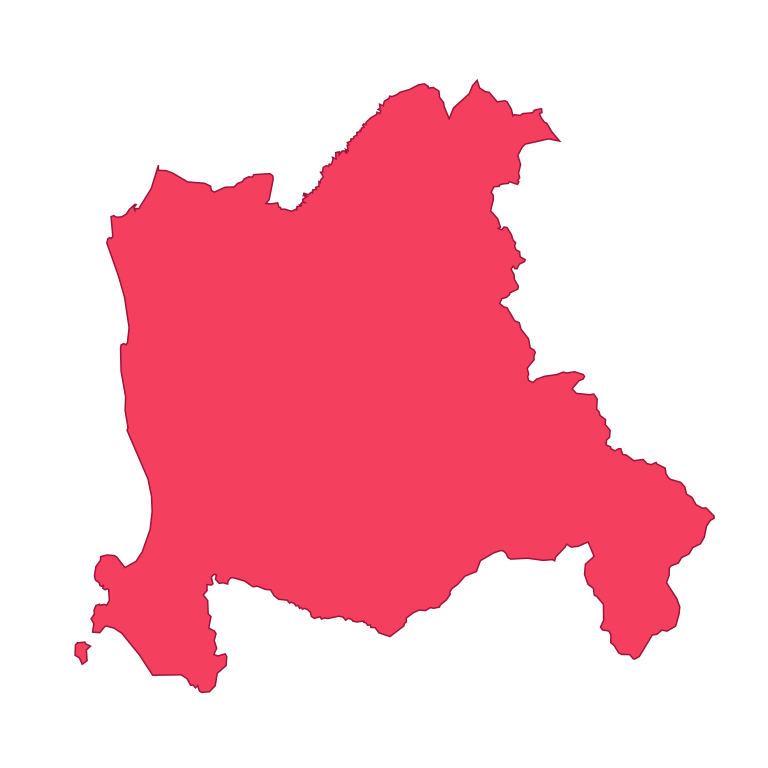 outline of Lang Suan, Chumphon, Thailand, rotated 177°
{"feature_id": "78962969B12315134210543", "entity_name": "Lang Suan", "entity_type": "district", "adm_level": 2, "iso_a3": "THA", "parent_name": "Thailand", "parent_adm1": "Chumphon", "projection": "orthographic", "projection_center": [99.044, 9.933], "detail": "fine", "context": "isolated", "style": "filled", "palette": "rose", "viewbox_px": 768, "rotation_deg": 177, "n_neighbors": 0, "source": "geoboundaries", "source_scale": "gbopen_adm2", "svg_char_len": 6143}
<svg xmlns="http://www.w3.org/2000/svg" viewBox="0 0 768 768"><g transform="rotate(177 384 384)"><path d="M61.5,232.5L61.3,234.8L69.0,243.5L72.5,243.3L78.7,247.1L82.4,254.7L87.7,258.2L88.9,265.2L92.7,270.2L102.7,273.7L104.7,275.4L107.1,279.5L107.6,285.3L115.5,289.7L116.4,291.4L121.4,289.5L125.6,290.7L129.1,295.1L138.5,294.3L145.6,300.3L149.3,301.1L150.9,306.9L152.8,307.2L156.8,305.2L160.7,307.4L161.0,309.4L165.4,311.5L164.6,316.6L161.6,318.8L160.6,325.9L165.2,331.9L164.6,336.8L169.8,341.2L170.8,345.2L173.0,347.6L171.9,357.8L175.0,363.0L179.2,362.5L192.4,364.6L196.4,369.3L189.2,377.0L184.7,378.7L183.4,381.0L184.5,383.0L193.2,386.3L200.5,385.4L204.4,386.5L211.3,384.3L223.2,383.3L231.7,380.7L235.0,377.7L239.4,379.9L240.1,383.9L239.0,386.2L240.2,392.3L232.8,400.4L232.9,403.7L231.3,407.8L232.6,410.2L236.1,412.4L237.3,421.5L244.3,431.6L245.7,438.2L250.2,440.2L257.2,453.8L260.3,454.7L264.3,458.3L261.9,463.1L257.2,464.1L254.0,466.6L253.5,468.4L245.4,471.8L244.7,474.5L248.2,481.4L248.5,486.6L251.1,492.1L248.7,495.0L247.2,492.3L245.3,492.1L242.6,496.6L237.2,499.0L236.5,500.8L241.4,503.9L241.7,509.1L245.3,511.2L246.4,515.1L245.1,518.1L247.6,520.9L248.9,526.4L252.9,533.8L255.9,534.5L258.3,531.8L261.7,533.4L259.5,534.6L261.8,543.0L268.5,551.5L265.1,562.6L265.0,566.8L267.0,569.9L263.7,575.3L258.6,575.3L258.2,576.6L254.9,577.6L249.3,577.8L248.1,579.5L240.2,576.3L238.7,578.9L240.0,580.1L237.7,582.9L238.6,587.6L236.1,596.1L238.4,605.3L233.7,613.1L230.5,616.1L206.9,620.2L195.9,617.4L203.4,627.3L207.8,635.9L209.9,636.8L213.0,641.4L214.7,645.8L212.0,646.8L212.3,650.7L219.4,649.6L221.5,647.1L231.4,646.8L233.8,645.1L239.6,646.1L241.3,645.2L242.4,651.7L246.3,659.3L248.4,660.5L256.2,659.9L263.7,669.8L267.5,670.6L273.0,674.6L275.1,682.4L280.0,677.3L283.7,669.4L300.1,656.1L305.0,645.5L309.5,658.2L309.8,662.1L313.5,667.3L313.8,673.6L319.2,677.5L324.2,677.2L324.4,679.1L328.0,681.6L334.0,680.9L342.9,676.8L353.0,674.4L355.5,672.4L361.0,670.6L363.2,671.2L364.2,668.9L368.9,666.4L370.2,661.9L373.8,663.6L373.3,659.9L375.5,658.4L372.9,657.2L373.9,654.4L376.8,655.8L377.2,653.6L383.3,650.5L388.2,646.3L388.5,643.9L390.7,644.8L391.8,643.5L390.6,641.4L393.2,640.7L393.6,638.8L394.8,638.6L394.2,637.4L398.0,636.6L398.0,633.9L401.0,632.7L401.6,630.7L404.3,630.4L404.3,628.3L408.1,626.9L406.6,624.8L408.3,624.3L407.6,618.7L410.0,620.2L408.9,616.9L410.1,616.8L410.7,618.8L413.7,618.8L416.8,615.2L416.4,618.2L420.2,617.6L420.1,611.3L423.5,613.0L423.1,611.2L425.0,605.8L427.3,606.4L427.9,604.2L430.0,605.0L432.4,604.0L433.5,603.2L434.1,598.9L436.3,598.8L433.7,594.1L436.7,590.8L437.1,588.5L438.4,589.5L438.5,584.9L442.0,583.9L441.4,581.8L445.1,581.5L445.3,578.6L446.5,579.3L449.7,577.0L453.9,578.7L454.4,577.5L452.8,576.6L454.2,576.1L451.3,575.2L455.6,572.6L455.4,570.4L453.8,569.4L456.3,569.5L457.7,568.2L457.3,566.9L458.8,567.1L458.0,566.1L461.6,565.7L462.2,561.9L462.4,563.3L467.4,561.3L474.0,563.8L477.6,563.9L478.1,565.7L479.6,566.0L480.7,570.5L487.7,569.7L492.4,570.5L489.0,574.2L483.9,594.5L484.3,597.9L487.0,600.0L503.0,599.9L504.7,597.4L508.2,598.0L512.9,596.1L514.8,593.5L519.8,591.9L523.3,588.6L532.3,588.8L543.4,584.5L546.3,586.3L546.8,590.6L552.6,593.8L569.5,596.1L584.0,605.7L590.5,608.5L598.2,609.2L597.8,614.3L606.2,591.4L619.7,571.9L622.7,572.2L623.5,570.3L624.5,573.1L622.1,576.1L623.3,576.5L629.2,571.6L632.4,567.2L637.2,564.6L642.6,564.6L645.0,566.3L647.8,565.4L647.1,545.6L648.7,543.5L650.3,544.5L652.1,543.5L653.4,539.4L643.5,505.7L638.6,484.6L635.6,453.6L638.0,438.8L639.6,436.6L641.7,438.0L644.5,436.8L645.2,433.6L645.9,410.7L642.7,385.0L643.9,371.1L641.9,353.6L643.0,351.2L624.6,301.3L622.0,283.9L622.2,268.5L625.2,250.9L634.3,228.8L640.9,219.9L652.3,214.2L659.8,225.0L662.3,226.8L669.7,227.7L675.9,226.5L676.5,222.5L681.2,216.9L683.2,207.7L682.4,203.3L678.8,200.4L678.3,197.6L675.9,196.6L674.6,198.2L675.4,194.5L673.3,193.1L671.3,194.0L669.7,193.2L669.6,182.1L672.7,177.5L675.0,178.6L678.8,177.8L679.6,179.0L683.3,177.8L685.5,173.1L685.2,169.6L688.8,164.8L686.3,159.9L688.0,151.5L680.9,150.5L675.2,156.7L673.7,156.7L666.4,154.4L658.9,148.9L642.6,126.5L630.2,105.3L601.9,104.2L596.1,100.1L592.9,93.2L590.2,93.3L588.2,90.4L585.9,92.6L584.4,87.1L582.4,85.6L574.5,85.8L568.3,91.6L565.7,103.8L556.4,111.1L555.3,119.8L556.7,122.8L564.2,121.1L568.1,122.8L564.9,128.8L567.0,136.7L564.8,143.5L566.3,146.2L571.8,149.4L569.0,160.8L571.6,163.7L571.4,177.0L575.6,182.8L571.5,186.9L571.3,193.0L566.9,192.3L565.3,193.4L566.6,200.3L563.6,203.0L561.3,202.0L562.6,197.9L559.0,193.6L555.0,193.9L550.6,192.4L550.0,195.4L547.5,198.3L545.0,198.5L533.6,194.6L525.3,188.3L521.1,188.8L512.8,184.9L508.1,184.5L505.0,178.5L500.4,174.5L492.0,173.2L489.9,170.2L488.0,170.9L485.3,169.6L483.7,167.1L481.3,167.2L480.0,164.3L478.5,165.1L477.2,163.4L475.0,164.0L472.1,162.7L469.3,159.5L468.7,155.7L465.9,153.6L460.0,154.8L458.7,152.5L455.4,153.5L452.3,152.7L441.4,154.5L437.2,153.5L434.7,150.1L432.1,151.9L428.5,150.5L427.3,148.7L423.6,147.8L416.4,148.3L416.6,147.1L414.4,146.3L413.1,144.0L410.2,144.1L409.9,141.6L405.5,141.1L402.2,135.8L391.2,131.5L376.8,141.4L376.2,143.7L374.1,145.3L374.1,149.1L366.5,154.1L360.4,156.5L354.6,155.5L349.2,158.3L346.4,157.4L340.4,158.3L339.2,160.5L333.1,165.0L328.8,170.6L329.3,172.6L326.8,176.2L321.1,179.9L313.2,187.9L301.5,191.9L297.0,202.5L283.1,209.7L276.4,211.5L273.6,211.1L270.9,208.4L269.3,204.2L266.6,202.5L249.8,202.5L234.4,199.6L225.0,199.8L222.8,198.5L221.7,202.2L211.8,211.5L210.1,214.5L205.4,211.3L198.5,211.8L188.4,215.6L183.2,200.9L192.3,193.5L193.7,183.4L190.7,173.2L185.6,169.0L185.0,162.1L182.7,160.8L176.4,152.6L177.0,136.7L180.5,129.9L178.7,127.0L172.3,125.5L170.5,121.5L171.1,113.8L167.7,110.6L163.8,103.3L160.9,101.5L152.8,100.9L149.5,96.5L148.0,96.2L143.3,98.5L129.2,119.4L124.7,119.7L119.3,123.7L114.3,122.4L105.4,127.0L101.3,139.2L100.3,145.9L102.8,154.2L112.3,170.8L109.2,178.3L108.8,185.4L106.9,187.4L99.4,189.8L96.0,195.0L88.4,198.3L84.2,204.5L76.4,207.8L72.2,214.2L69.3,225.4L64.9,231.0L61.5,232.5ZM705.8,139.4L706.7,129.3L702.5,126.4L700.1,119.9L695.0,123.2L695.1,134.0L690.8,137.6L695.5,140.1L696.2,141.9L703.7,141.6L705.8,139.4Z" fill="#f43f5e" stroke="#9f1239" stroke-width="1.5"/></g></svg>